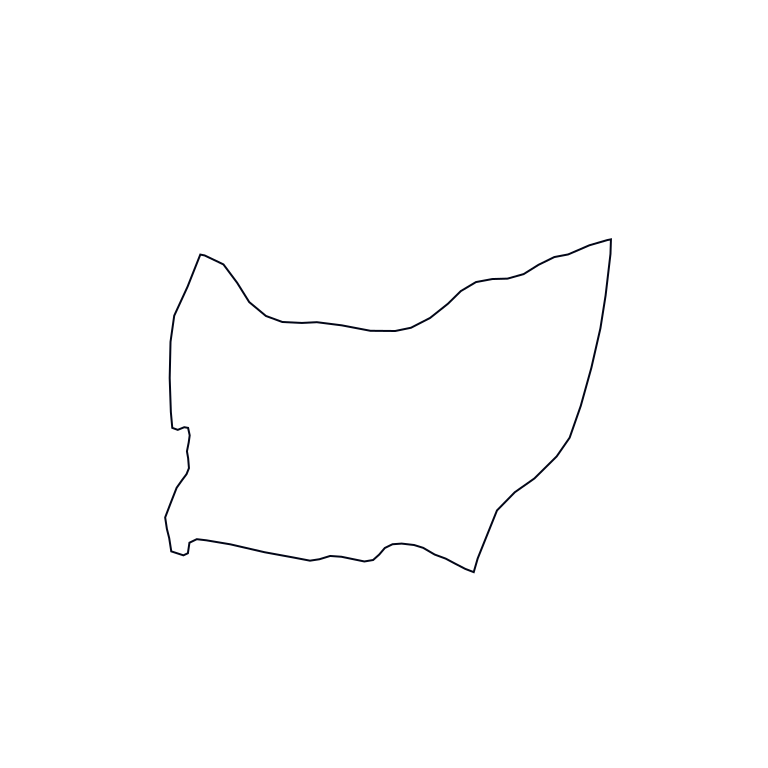 the district of Haute-Banio, Nyanga, Gabon, rotated 238°
{"feature_id": "22940354B88632619890778", "entity_name": "Haute-Banio", "entity_type": "district", "adm_level": 2, "iso_a3": "GAB", "parent_name": "Gabon", "parent_adm1": "Nyanga", "projection": "robinson", "projection_center": [11.179, -3.673], "detail": "fine", "context": "isolated", "style": "outline", "palette": "ink", "viewbox_px": 768, "rotation_deg": 238, "n_neighbors": 0, "source": "geoboundaries", "source_scale": "gbopen_adm2", "svg_char_len": 1186}
<svg xmlns="http://www.w3.org/2000/svg" viewBox="0 0 768 768"><g transform="rotate(238 384 384)"><path d="M591.1,296.8L570.7,269.1L553.1,242.3L532.9,225.3L502.6,205.4L473.2,188.4L459.0,181.2L454.4,184.8L453.2,191.7L450.6,194.6L443.4,192.0L437.9,187.4L431.3,181.2L424.9,178.6L416.0,174.0L412.2,168.8L409.4,161.6L405.9,153.2L395.2,138.8L386.8,127.7L376.2,123.1L367.2,120.2L354.8,114.9L345.0,123.1L344.4,128.0L352.5,134.9L351.6,143.0L345.6,150.5L329.4,168.8L304.6,193.6L284.9,215.2L273.4,227.6L269.6,236.4L266.7,247.2L260.1,256.3L243.9,273.3L240.5,281.5L241.9,289.6L244.5,297.8L243.6,306.3L239.3,314.4L231.5,324.2L224.3,330.4L212.5,336.6L203.2,343.8L194.0,349.1L184.2,354.9L176.9,360.4L186.4,371.0L216.9,412.8L222.9,437.6L224.2,461.5L231.1,492.1L240.1,513.0L261.2,539.3L287.9,568.5L316.5,597.0L341.6,618.8L374.3,645.0L386.4,653.1L387.7,649.7L392.8,631.7L396.3,608.8L401.4,595.7L403.2,578.2L403.2,560.7L407.9,544.6L415.6,531.5L421.7,516.0L422.1,498.4L418.2,480.9L415.6,458.1L417.4,436.7L423.0,421.6L436.3,400.7L456.1,379.3L472.0,359.8L479.3,346.7L490.5,330.6L504.3,319.9L524.9,313.1L547.7,313.1L570.5,311.2L588.1,300.0L591.1,296.8Z" fill="none" stroke="#020617" stroke-width="2"/></g></svg>